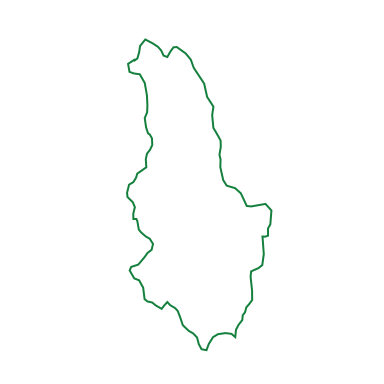 Uppsala, Uppsala, Sweden, rotated 260°
{"feature_id": "70781695B50893548218993", "entity_name": "Uppsala", "entity_type": "district", "adm_level": 2, "iso_a3": "SWE", "parent_name": "Sweden", "parent_adm1": "Uppsala", "projection": "natural_earth1", "projection_center": [17.723, 59.956], "detail": "fine", "context": "isolated", "style": "outline", "palette": "green", "viewbox_px": 384, "rotation_deg": 260, "n_neighbors": 0, "source": "geoboundaries", "source_scale": "gbopen_adm2", "svg_char_len": 1726}
<svg xmlns="http://www.w3.org/2000/svg" viewBox="0 0 384 384"><g transform="rotate(260 192 192)"><path d="M41.6,209.4L48.7,211.4L53.0,214.7L57.2,219.3L61.9,220.6L64.3,223.3L69.0,225.5L71.9,229.1L75.2,232.5L84.2,234.0L98.4,235.0L103.6,236.5L105.5,244.2L107.8,248.5L118.3,251.9L135.9,253.7L135.3,256.2L135.8,259.3L136.9,259.5L142.9,260.5L144.3,261.7L146.7,263.6L147.6,263.8L160.0,267.0L160.8,266.5L167.5,262.3L167.5,252.8L167.5,247.9L168.7,243.5L182.2,239.9L188.4,235.0L192.2,227.3L198.3,224.8L211.6,224.2L219.2,225.8L223.9,225.5L231.5,228.2L237.7,229.1L244.8,226.7L251.4,224.2L264.2,225.2L272.4,227.9L283.0,223.4L296.6,222.8L304.5,219.4L313.9,215.3L322.6,213.8L329.6,209.8L337.4,202.2L337.7,198.9L334.4,195.4L329.2,191.1L331.3,187.7L336.8,186.2L341.0,183.6L345.2,179.1L350.3,172.5L344.9,166.3L338.5,164.1L333.0,161.4L331.5,158.3L332.2,158.1L329.3,151.3L321.2,151.3L318.9,155.2L317.0,161.0L307.6,164.4L294.8,164.4L284.9,163.1L278.2,161.6L273.0,158.3L263.6,158.0L257.4,158.9L256.0,160.4L251.7,161.9L245.1,161.0L240.9,158.0L237.5,154.3L232.3,152.2L224.3,151.3L222.4,147.3L219.6,141.3L215.8,139.4L212.0,136.1L210.1,131.3L202.5,127.9L198.3,127.6L192.2,131.9L187.0,133.1L180.8,130.4L175.6,129.6L175.1,132.5L173.2,133.1L164.3,133.1L161.0,134.9L156.2,138.8L153.4,142.2L147.7,144.6L142.1,142.2L139.7,137.6L136.4,134.3L133.1,130.4L129.8,126.4L128.8,119.1L125.5,117.0L117.0,120.1L114.2,124.6L106.2,127.3L94.7,126.7L91.9,129.2L90.1,133.6L86.7,136.5L82.2,141.8L85.2,145.1L87.9,148.6L84.3,150.9L80.6,155.2L77.3,157.3L70.0,158.7L62.5,159.8L59.7,161.8L55.8,164.7L52.5,168.6L47.9,171.7L40.9,172.3L35.5,174.1L33.7,178.8L39.4,182.1L45.4,187.5L47.5,193.0L47.2,200.6L45.4,206.3L41.6,209.4Z" fill="none" stroke="#15803d" stroke-width="2"/></g></svg>